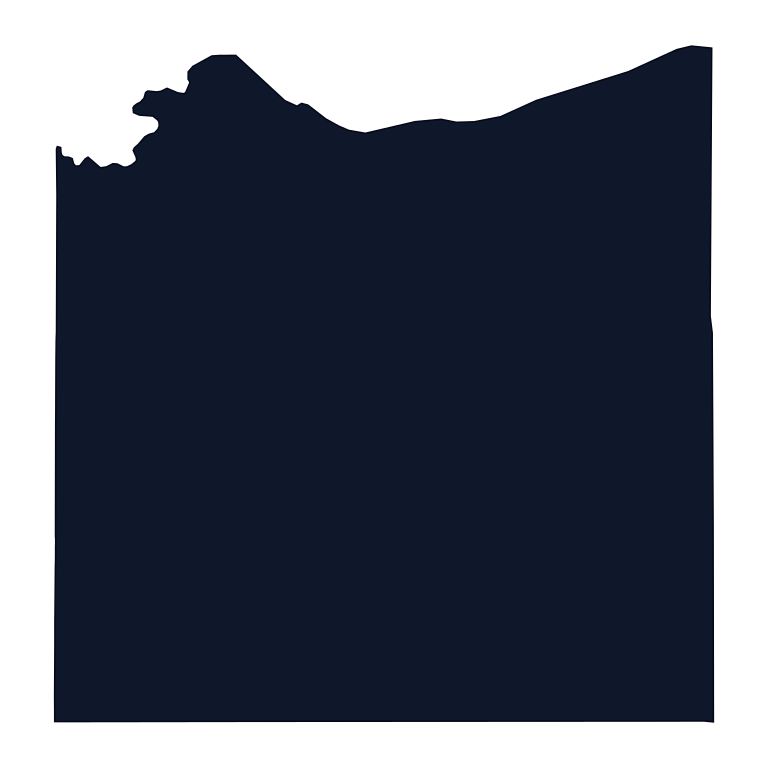 the district of Douglas, Wisconsin, United States of America
{"feature_id": "52423323B97488496656335", "entity_name": "Douglas", "entity_type": "district", "adm_level": 2, "iso_a3": "USA", "parent_name": "United States of America", "parent_adm1": "Wisconsin", "projection": "natural_earth1", "projection_center": [-92.121, 46.457], "detail": "fine", "context": "isolated", "style": "filled", "palette": "ink", "viewbox_px": 768, "rotation_deg": 0, "n_neighbors": 0, "source": "geoboundaries", "source_scale": "gbopen_adm2", "svg_char_len": 1323}
<svg xmlns="http://www.w3.org/2000/svg" viewBox="0 0 768 768"><path d="M56.5,152.0L57.0,195.1L56.9,218.0L56.5,331.2L56.2,340.7L56.0,359.6L55.8,412.3L55.7,424.8L55.7,428.9L55.5,536.2L55.7,539.1L55.7,544.4L55.6,545.4L55.6,552.9L55.6,556.0L55.5,563.2L55.4,566.4L54.9,623.9L54.9,645.8L54.6,696.0L54.7,710.9L54.7,721.6L271.3,721.3L704.2,721.0L713.4,721.9L713.1,525.9L712.2,333.1L710.1,315.9L711.7,48.1L691.4,46.1L676.9,49.6L628.5,71.7L548.8,96.6L536.4,100.5L500.6,116.7L474.2,121.8L456.3,122.3L441.1,119.3L415.0,121.7L365.4,133.3L348.7,130.4L338.5,126.0L325.7,118.9L307.9,105.1L301.5,103.4L297.0,106.2L284.9,100.7L235.8,55.4L219.3,55.5L211.8,56.0L193.0,66.3L188.2,71.8L188.1,79.1L190.0,82.3L185.6,92.8L183.5,93.7L177.7,92.8L167.0,88.3L160.8,91.3L156.7,91.9L147.7,91.0L145.6,92.5L144.0,98.1L140.4,102.1L136.7,104.0L133.9,106.2L133.0,107.9L133.5,112.6L139.4,115.1L153.0,116.1L157.6,119.9L158.9,121.7L159.2,126.1L157.9,129.3L154.5,132.9L149.0,134.4L144.7,136.9L138.5,144.2L134.4,147.9L133.2,150.4L136.1,156.9L136.6,159.5L136.0,161.3L131.8,164.8L127.1,167.0L123.5,167.1L117.3,164.0L112.8,163.7L106.6,166.9L100.4,167.8L88.0,157.1L85.2,158.9L79.7,165.8L75.6,166.1L73.6,163.8L72.2,158.6L68.6,157.2L64.0,157.0L61.8,155.3L61.0,152.5L60.7,147.5L57.3,146.6L56.5,148.9L56.5,152.0Z" fill="#0f172a" stroke="#020617" stroke-width="1.5"/></svg>